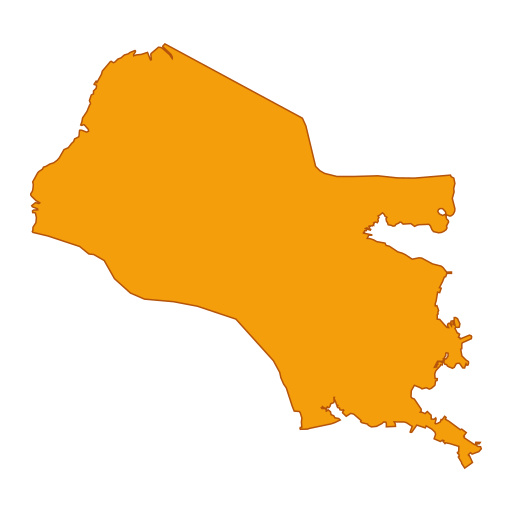 outline of Weloy, Federated States of Micronesia
{"feature_id": "79324940B30441549583849", "entity_name": "Weloy", "entity_type": "district", "adm_level": 2, "iso_a3": "FSM", "parent_name": "Federated States of Micronesia", "parent_adm1": "", "projection": "mercator", "projection_center": [138.112, 9.532], "detail": "fine", "context": "isolated", "style": "filled", "palette": "amber", "viewbox_px": 512, "rotation_deg": 0, "n_neighbors": 0, "source": "geoboundaries", "source_scale": "gbopen_adm2", "svg_char_len": 6015}
<svg xmlns="http://www.w3.org/2000/svg" viewBox="0 0 512 512"><path d="M334.8,422.6L340.2,420.0L338.7,418.5L334.9,417.8L333.8,415.8L331.1,414.6L330.5,411.8L328.3,409.9L325.8,411.5L326.8,409.8L324.9,408.6L321.9,408.5L321.4,407.8L322.2,407.5L322.4,406.6L324.7,408.2L326.9,408.1L327.3,406.8L328.8,407.7L329.9,406.5L330.8,403.7L333.8,402.6L334.1,401.0L333.9,397.4L334.4,397.4L334.0,398.4L335.7,402.0L336.7,405.1L337.8,405.4L337.1,406.5L337.8,407.6L339.6,408.1L339.9,409.8L341.8,410.2L343.4,409.8L343.8,410.3L342.5,412.3L342.7,412.9L346.2,416.3L350.7,413.4L353.7,414.1L361.1,420.5L360.6,421.7L361.9,422.7L367.6,424.1L368.2,425.2L371.3,426.9L376.5,426.4L382.0,423.5L383.5,422.1L385.8,422.1L386.4,423.7L386.3,426.8L395.5,426.4L395.3,424.0L394.1,421.9L404.4,422.0L406.5,422.7L412.2,426.4L410.1,432.0L410.9,432.4L411.8,432.2L416.8,425.1L425.3,427.9L426.2,425.9L431.8,429.1L435.0,432.2L435.6,434.3L434.1,438.8L440.4,441.5L442.4,440.2L443.7,440.6L443.1,441.4L445.0,443.6L445.8,442.8L449.8,443.6L458.8,446.4L458.7,451.8L457.4,452.4L457.7,453.5L458.9,454.2L459.1,456.3L458.3,457.0L461.5,462.3L461.7,463.5L464.7,468.1L472.5,462.5L469.4,455.6L468.6,455.6L468.4,454.6L470.5,452.7L472.1,454.1L478.9,451.6L481.3,448.8L480.6,446.7L478.0,446.5L476.2,445.3L477.1,443.9L479.4,443.7L480.2,442.4L475.8,442.3L475.4,444.3L474.4,444.6L464.1,437.7L464.4,436.8L463.7,436.1L466.3,432.6L461.7,429.1L460.3,429.7L448.7,421.1L445.4,419.3L446.1,417.4L444.6,416.3L442.1,419.8L441.1,419.5L440.3,421.9L437.5,423.4L435.8,423.8L435.1,423.3L436.1,419.0L435.7,417.9L433.9,419.3L431.3,419.0L431.1,415.2L427.3,411.5L425.0,413.6L422.3,412.4L420.3,412.1L421.1,411.3L421.2,409.2L414.3,399.0L412.1,398.2L411.0,396.8L411.3,390.7L414.4,385.3L420.7,387.9L422.0,388.9L426.3,387.7L429.3,389.1L431.4,388.3L434.9,385.3L435.6,380.9L437.1,380.5L437.3,378.6L435.1,378.5L434.7,374.0L435.8,370.8L440.4,365.7L440.6,364.7L442.3,364.9L442.6,362.4L440.3,361.7L438.8,361.5L438.2,361.9L437.5,362.9L437.9,364.4L436.8,364.9L436.7,366.9L434.4,367.3L437.6,361.2L442.3,361.3L443.6,360.5L443.2,358.8L444.6,357.8L444.8,356.5L445.8,355.8L445.7,353.5L446.2,352.8L448.1,353.2L448.1,356.0L446.4,358.7L444.6,359.2L443.7,362.0L444.9,364.3L446.6,364.6L447.4,366.0L449.0,366.9L452.5,368.3L454.3,367.3L456.3,363.6L458.2,363.3L459.6,363.4L462.7,367.9L464.6,368.0L466.0,363.7L467.0,365.3L468.1,364.9L468.6,363.0L468.4,361.6L466.0,360.0L461.9,355.9L460.7,349.2L461.8,348.7L461.8,343.7L462.5,342.7L471.3,338.7L471.7,336.9L471.1,335.7L469.5,335.1L460.3,338.9L459.8,337.6L458.5,337.3L459.6,334.2L458.4,333.3L457.4,333.1L455.0,328.4L455.7,327.2L457.3,327.5L459.3,327.1L459.9,323.8L457.5,318.6L455.5,317.5L454.2,317.6L454.1,321.3L455.0,325.4L453.2,324.1L453.0,320.8L451.1,321.1L450.7,323.0L451.8,324.9L451.6,326.1L450.1,323.8L449.1,323.1L447.7,324.1L447.5,325.7L448.6,327.6L446.8,327.4L439.7,319.4L437.3,319.2L437.2,314.7L438.1,314.0L437.9,312.1L438.6,310.5L436.9,305.6L435.3,305.9L435.2,303.9L436.2,300.6L437.6,292.2L439.7,292.6L441.2,288.2L439.4,287.7L442.4,281.9L444.3,277.1L445.7,276.7L446.8,273.4L451.5,273.4L451.5,272.0L446.6,272.1L443.0,267.5L441.1,266.1L432.5,263.9L421.8,258.1L419.0,257.8L412.2,259.2L405.4,254.7L402.3,253.2L397.7,251.8L389.5,246.3L386.1,245.4L385.0,243.1L376.7,241.6L373.7,239.9L369.9,238.6L367.2,238.4L368.7,235.2L371.7,235.2L371.7,234.8L363.4,233.1L363.5,232.3L364.5,232.2L364.6,230.7L366.4,230.6L366.8,229.1L365.5,228.5L366.5,227.9L367.1,227.9L368.3,229.1L368.1,229.4L370.3,230.2L370.7,229.3L369.3,228.7L369.5,227.6L368.9,226.6L369.3,225.9L370.3,226.3L371.1,225.8L372.4,225.9L372.9,225.2L373.6,225.4L373.4,224.5L374.1,223.8L373.7,222.8L375.6,222.0L377.3,222.7L378.3,221.0L377.8,219.4L379.0,217.5L378.0,216.0L379.5,215.3L382.5,212.8L384.3,214.5L385.0,216.2L386.9,217.3L386.0,218.7L386.5,221.3L387.4,222.5L388.2,224.8L391.2,225.3L392.9,226.1L394.9,225.9L395.9,224.4L398.8,223.1L399.8,222.1L401.1,222.2L403.1,224.1L410.9,223.6L414.6,226.4L417.0,225.2L419.1,224.7L428.8,224.3L430.3,225.8L431.9,229.6L433.5,231.6L438.6,232.8L441.6,232.4L443.9,231.3L446.0,229.8L447.0,228.0L446.5,226.0L448.6,222.0L448.2,220.5L446.7,219.1L446.1,217.4L446.2,216.1L444.8,214.5L442.7,215.5L439.3,213.9L437.8,211.5L438.3,209.8L439.9,208.6L442.5,208.6L445.5,211.7L445.9,214.0L447.0,215.0L449.9,216.1L451.5,215.6L453.3,214.1L454.7,211.3L454.9,208.7L452.3,198.4L454.1,191.9L453.7,188.6L454.9,183.4L453.8,178.1L451.1,176.7L450.5,175.1L414.6,178.1L397.5,177.9L377.9,175.8L353.6,176.5L337.0,176.5L324.6,173.4L320.0,170.8L315.6,166.4L305.9,126.0L302.4,118.2L164.9,43.9L162.9,46.0L162.8,46.7L171.0,54.4L172.4,57.3L172.2,58.5L169.7,54.8L162.4,48.3L161.0,47.5L158.5,47.2L151.1,53.5L150.8,54.3L151.4,59.7L150.6,60.0L150.3,59.5L147.5,52.4L141.3,54.4L136.4,54.9L133.7,55.8L133.6,54.5L135.4,51.9L135.5,51.0L135.0,50.5L130.2,52.4L128.1,53.9L124.3,55.0L121.0,57.9L118.0,59.0L114.7,62.2L113.3,62.7L111.2,61.3L110.4,61.6L102.3,71.1L101.4,74.4L96.9,82.5L96.1,81.2L94.1,84.1L94.1,84.5L96.0,85.0L96.6,85.6L96.2,88.3L93.5,91.0L93.5,93.8L91.3,95.0L89.4,100.5L90.5,103.3L90.4,104.0L89.5,105.2L87.0,111.4L82.6,117.9L81.8,122.2L80.7,125.0L81.8,125.4L83.4,124.7L84.4,124.9L88.3,129.4L88.6,131.2L86.7,132.1L81.9,130.3L79.9,130.1L79.5,130.5L79.0,136.2L78.4,137.0L74.6,138.9L73.6,141.6L71.6,143.4L68.3,147.7L64.0,149.6L59.3,157.8L57.1,160.3L53.7,162.8L49.7,164.1L45.9,166.4L43.5,167.1L42.4,169.2L38.8,171.6L37.6,173.0L32.7,181.9L33.3,184.6L32.9,189.0L32.4,191.2L30.8,193.7L30.7,194.9L31.5,196.2L35.9,200.5L39.8,202.9L38.8,203.6L35.5,202.6L31.7,205.7L32.4,206.8L37.5,208.8L37.8,209.8L33.5,210.1L32.5,210.9L32.7,212.6L35.1,212.8L35.5,213.4L36.4,217.7L35.9,222.7L33.0,227.2L32.8,230.5L32.3,231.6L32.9,232.4L48.0,236.0L79.7,246.5L88.9,254.0L93.7,254.5L104.2,260.5L114.5,278.7L130.5,293.1L144.4,299.1L173.6,301.7L197.3,306.2L235.9,319.1L273.4,360.7L279.7,372.3L280.9,377.8L283.6,384.0L286.3,387.9L292.2,406.1L294.2,411.1L299.3,411.5L300.2,412.6L301.9,418.1L301.4,422.0L301.8,427.0L301.5,427.4L300.3,427.4L300.0,428.2L300.3,429.3L307.6,429.1L309.5,428.4L331.0,423.9L334.8,422.6Z" fill="#f59e0b" stroke="#b45309" stroke-width="1.5"/></svg>